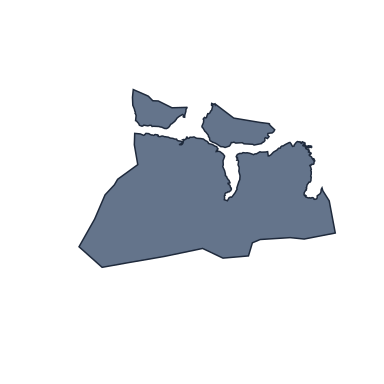 the district of Kvalsund nor, Finnmark, Norway, rotated 54°
{"feature_id": "86288312B73614960684794", "entity_name": "Kvalsund nor", "entity_type": "district", "adm_level": 2, "iso_a3": "NOR", "parent_name": "Norway", "parent_adm1": "Finnmark", "projection": "orthographic", "projection_center": [24.169, 70.397], "detail": "fine", "context": "isolated", "style": "filled", "palette": "slate", "viewbox_px": 384, "rotation_deg": 54, "n_neighbors": 0, "source": "geoboundaries", "source_scale": "gbopen_adm2", "svg_char_len": 5904}
<svg xmlns="http://www.w3.org/2000/svg" viewBox="0 0 384 384"><g transform="rotate(54 192 192)"><path d="M265.1,84.4L265.8,85.9L267.9,87.8L268.7,89.4L268.7,93.0L270.2,94.1L270.8,95.2L270.5,95.9L270.3,96.8L269.6,97.5L269.2,97.2L268.1,97.3L267.1,98.1L266.8,99.5L265.8,100.1L265.6,100.9L264.6,101.8L262.9,102.8L262.6,102.5L262.6,102.8L262.1,102.8L261.7,102.3L262.5,102.1L262.1,102.1L261.6,102.2L262.1,102.8L260.2,103.0L258.5,101.6L257.7,99.7L257.6,99.1L257.6,98.4L256.9,98.2L256.9,97.9L256.9,97.6L256.2,96.9L255.6,96.9L255.4,96.4L253.8,94.6L253.3,92.8L252.8,91.8L252.8,91.4L253.2,91.1L253.4,90.4L252.7,89.1L251.3,88.0L251.3,87.9L251.2,87.8L250.7,87.9L250.8,87.9L250.7,87.5L250.0,86.7L249.0,86.7L247.7,85.1L245.6,83.5L244.5,83.4L244.0,82.3L241.5,81.3L239.8,81.1L239.8,80.5L240.3,79.8L240.0,79.4L240.0,78.6L240.7,78.1L240.9,77.3L240.8,76.8L239.6,75.8L239.0,74.4L238.8,74.3L236.7,73.9L236.6,74.0L237.1,74.1L236.6,74.4L237.0,74.8L236.2,74.7L235.8,74.8L236.0,75.0L235.3,75.0L233.9,74.7L231.4,75.6L230.8,75.2L230.8,74.9L231.1,74.2L231.0,73.4L231.0,73.1L230.5,72.8L230.1,72.9L229.5,73.7L228.6,73.7L228.2,74.3L227.8,74.0L227.7,73.7L227.8,73.1L226.7,73.3L226.7,73.0L226.3,73.3L225.7,72.6L225.6,72.8L225.4,73.4L224.7,74.0L223.8,74.4L223.2,74.0L224.1,72.0L224.2,71.3L225.4,70.1L225.6,69.4L225.6,69.2L225.9,69.2L226.0,68.8L225.2,68.4L224.7,68.8L225.4,69.2L224.1,69.5L223.7,69.9L222.9,70.8L223.1,71.1L223.0,71.3L223.6,71.5L222.8,71.8L223.2,71.8L222.7,72.6L222.7,72.3L221.8,72.8L221.4,73.2L221.1,73.9L219.9,75.0L219.6,75.0L219.2,74.4L219.4,73.9L219.5,73.5L220.1,72.8L219.1,72.9L218.9,72.5L219.1,72.0L218.8,71.8L218.4,72.1L218.7,72.4L218.1,72.3L218.1,72.5L217.3,72.8L216.5,72.9L216.4,73.0L216.5,73.3L216.3,73.7L216.7,74.1L216.2,74.4L216.7,74.6L216.9,74.8L216.8,75.0L215.4,75.0L215.5,75.3L214.3,75.7L214.0,76.4L213.3,76.8L213.1,77.1L213.2,78.7L214.0,81.6L214.8,82.3L214.2,83.9L211.1,83.5L209.5,83.6L209.1,84.5L208.4,88.7L208.3,91.0L207.6,92.4L207.7,93.7L208.4,94.6L207.5,96.3L208.0,98.7L207.6,102.6L208.3,106.2L208.2,108.1L207.6,109.1L203.8,107.1L203.0,108.8L200.6,112.4L199.4,113.4L199.0,117.4L198.2,118.6L198.0,120.2L194.6,122.5L192.6,124.4L191.9,125.7L190.1,127.6L190.1,129.0L188.8,130.8L188.3,133.2L189.3,135.4L191.0,135.8L191.0,135.1L191.7,135.5L192.6,137.0L193.3,136.0L194.7,136.4L197.1,138.8L199.6,139.3L200.8,140.1L202.7,141.9L207.1,143.6L210.1,146.1L211.2,148.1L215.1,153.4L216.3,154.0L217.1,156.0L217.8,157.2L219.1,161.3L219.5,163.0L218.7,163.8L218.4,165.3L219.9,168.5L217.2,170.4L216.1,169.2L214.2,168.1L214.0,167.6L214.1,167.3L213.8,167.3L212.7,166.1L212.5,165.4L213.1,163.9L212.9,163.2L213.0,163.0L213.0,162.8L213.7,162.1L213.5,161.3L213.7,160.0L213.0,158.6L211.9,157.9L211.3,158.3L209.0,157.4L206.5,158.0L206.1,157.6L206.6,157.0L206.5,156.2L207.5,156.0L204.3,155.2L203.4,155.5L200.7,155.3L199.8,154.9L198.4,155.4L197.1,154.4L193.9,153.1L189.5,152.2L188.5,150.8L184.9,148.5L183.0,145.5L182.1,144.5L179.5,144.5L175.6,145.7L174.5,146.8L173.5,148.7L173.4,148.6L173.7,147.6L173.4,147.4L173.6,147.8L173.3,148.5L173.1,148.3L173.0,147.4L173.0,147.0L172.7,147.0L172.4,145.6L171.0,145.7L169.8,145.4L168.2,146.6L165.7,147.5L162.4,150.2L161.7,149.8L160.0,150.0L158.2,151.0L155.9,151.6L153.8,153.6L151.5,156.4L150.7,157.0L148.6,158.0L147.8,159.8L146.5,161.4L146.5,161.7L146.7,162.1L146.8,162.7L146.3,163.8L145.7,164.1L145.3,163.6L144.9,163.6L144.5,163.8L144.5,164.1L145.0,164.2L145.0,164.8L145.2,165.3L145.5,165.2L145.6,165.8L145.4,166.6L145.5,167.2L144.7,167.7L144.3,168.8L145.5,168.5L146.0,169.4L146.8,170.1L147.5,171.4L147.6,171.8L147.6,172.6L147.3,173.2L146.4,174.2L146.2,174.1L146.5,173.0L146.5,171.5L146.3,170.9L145.4,170.5L144.6,170.9L142.3,173.2L141.2,173.6L140.3,173.4L139.9,173.6L139.8,173.9L139.0,174.9L137.4,175.9L135.7,177.8L133.3,179.2L133.0,179.8L131.7,180.9L131.4,181.5L129.5,182.8L128.7,184.1L128.7,184.7L128.0,185.9L127.2,186.6L126.7,186.6L126.5,186.1L126.2,186.0L125.2,186.5L124.9,187.0L124.0,187.8L123.7,188.4L123.8,188.9L123.7,189.7L123.5,189.9L122.5,190.6L122.3,191.1L120.6,192.2L119.4,192.6L117.5,194.8L117.5,195.4L117.8,195.9L117.9,196.4L117.8,196.7L117.9,197.3L117.8,197.8L114.6,199.7L110.9,203.9L119.9,210.9L138.0,219.8L138.0,244.7L140.6,250.6L143.2,264.0L156.7,286.7L169.9,315.6L200.1,309.0L211.4,285.7L227.8,252.4L243.9,216.6L263.7,205.8L276.9,183.9L268.6,173.0L270.5,164.8L286.6,139.4L296.0,128.9L309.4,100.2L279.8,86.2L267.8,85.4L265.1,84.4ZM134.1,121.6L133.7,123.2L133.2,123.1L131.9,124.0L133.2,125.2L133.7,125.2L134.1,124.6L134.7,124.8L137.5,128.2L137.5,129.4L138.3,130.6L138.5,131.2L138.5,132.5L137.9,133.2L139.2,135.2L140.3,136.5L140.0,137.5L139.1,137.8L139.1,138.6L139.6,140.1L140.5,140.1L142.6,141.9L144.6,145.3L145.9,145.8L146.8,145.5L150.4,145.9L151.5,145.6L155.5,145.4L156.9,146.1L158.5,146.0L160.1,147.0L161.1,147.2L163.9,146.0L165.6,144.8L167.3,143.9L172.2,142.1L173.7,140.2L175.4,139.1L176.8,134.7L176.3,133.1L175.1,131.1L175.8,130.3L176.3,128.8L178.1,127.9L181.7,122.3L183.5,121.7L189.1,114.8L190.5,114.2L193.7,107.2L193.3,105.8L193.7,104.8L193.3,102.8L191.3,101.6L191.3,100.5L193.1,99.6L192.5,97.1L190.5,97.3L189.3,96.2L190.0,94.6L191.3,92.5L191.2,90.4L190.3,88.5L185.0,89.5L182.6,89.7L182.3,89.3L181.9,89.5L175.7,96.1L156.7,114.8L134.9,121.4L135.2,122.0L134.1,121.6ZM74.6,179.3L80.4,184.5L87.0,188.9L91.1,189.9L92.8,190.7L94.0,190.8L95.1,191.9L95.7,191.7L96.4,192.1L97.1,192.1L101.1,195.7L101.8,195.2L105.3,194.9L107.1,195.3L109.4,193.8L109.7,192.5L109.6,191.7L112.6,188.8L113.2,187.0L114.1,185.8L115.5,185.8L116.2,184.5L119.7,180.1L120.6,179.6L121.7,178.4L124.4,176.9L125.7,175.4L126.0,173.9L125.9,172.8L125.7,171.7L124.9,170.0L124.7,169.2L124.9,168.3L124.7,164.1L124.2,163.4L124.2,162.3L123.5,161.2L123.3,158.6L123.5,156.0L123.7,154.1L124.6,153.8L125.4,154.0L125.7,154.7L126.3,154.9L127.2,154.0L125.5,152.6L123.2,149.6L121.6,148.3L120.9,146.5L120.5,146.4L112.1,158.7L98.5,165.8L95.1,170.1L88.8,171.0L74.6,179.3Z" fill="#64748b" stroke="#1e293b" stroke-width="1.5"/></g></svg>